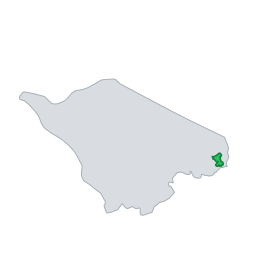 Izra', Dar`a, Syria (highlighted), rotated 239°
{"feature_id": "27442178B99944519185371", "entity_name": "Izra'", "entity_type": "district", "adm_level": 2, "iso_a3": "SYR", "parent_name": "Syria", "parent_adm1": "Dar`a", "projection": "mercator", "projection_center": [36.034, 32.866], "detail": "fine", "context": "in_parent", "style": "filled", "palette": "green", "viewbox_px": 256, "rotation_deg": 239, "n_neighbors": 0, "source": "geoboundaries", "source_scale": "gbopen_adm2", "svg_char_len": 3689}
<svg xmlns="http://www.w3.org/2000/svg" viewBox="0 0 256 256"><g transform="rotate(239 128 128)"><path d="M46.7,94.3L48.6,94.5L52.7,97.0L53.4,96.9L54.6,93.6L55.8,92.5L58.3,91.5L59.1,86.2L60.2,85.2L61.7,84.6L63.9,84.5L65.8,84.2L65.9,83.2L63.2,77.1L63.5,75.5L64.7,69.3L65.6,66.8L66.3,66.0L69.4,66.4L73.6,67.4L74.7,69.2L76.8,70.8L79.9,70.7L83.5,71.0L86.3,71.1L88.5,70.0L93.6,67.9L96.1,67.2L98.4,66.3L105.7,62.9L108.6,63.1L110.6,63.6L112.1,64.1L115.6,66.5L118.4,68.8L120.4,69.5L124.0,69.5L129.2,69.9L135.6,69.9L139.3,69.2L144.0,68.1L152.5,65.3L163.6,59.4L170.2,56.6L173.0,56.2L176.7,56.2L180.4,56.9L184.5,57.5L186.5,57.4L191.0,56.8L196.8,55.6L200.5,54.7L204.9,53.1L207.7,50.4L208.6,50.1L209.8,50.6L210.3,50.8L211.4,52.3L212.6,56.2L212.6,56.6L212.4,57.7L209.5,60.9L205.6,65.3L202.7,68.0L198.0,72.6L194.4,73.6L188.4,75.2L186.8,76.8L185.3,79.4L184.5,83.0L184.2,85.2L184.0,89.3L185.4,93.6L186.8,97.6L187.0,100.3L186.8,103.0L185.5,105.8L184.1,109.7L183.3,114.1L182.9,122.3L182.9,129.2L182.7,130.4L180.3,135.3L177.4,141.0L176.1,142.3L169.8,144.0L162.9,148.2L155.2,152.8L148.2,157.0L140.9,161.4L133.3,166.0L127.9,169.3L120.6,173.6L114.0,177.8L107.3,182.0L102.2,185.2L94.4,190.3L89.9,193.2L83.2,197.6L77.4,201.4L70.4,205.9L61.7,204.5L59.0,203.8L56.7,201.6L55.1,200.5L51.0,199.3L48.3,195.2L46.7,193.8L44.0,193.2L45.1,190.6L45.4,188.9L46.6,186.8L45.8,185.4L45.5,182.5L44.9,181.8L44.7,181.0L45.1,180.0L45.0,179.1L44.5,178.7L44.3,177.2L43.9,176.1L44.1,174.8L44.7,174.0L45.3,172.3L46.1,171.8L47.2,170.8L47.5,169.7L48.6,168.7L50.0,167.8L50.3,167.1L50.1,166.7L48.7,165.9L47.9,164.6L48.6,162.6L49.1,161.9L49.9,161.0L51.8,159.5L53.3,159.3L54.5,159.2L56.7,159.4L58.4,159.6L58.8,159.3L58.7,158.8L56.7,157.6L56.6,156.6L57.1,155.6L58.5,153.9L60.3,152.7L61.2,152.5L63.2,150.1L64.4,147.4L62.4,140.9L61.1,139.8L59.1,138.9L57.9,138.8L57.8,138.3L59.4,136.7L60.5,135.2L59.3,133.8L57.0,133.2L56.2,134.6L53.3,134.8L48.8,134.7L46.8,127.8L46.5,124.8L46.6,121.3L48.0,116.1L47.3,113.7L47.3,112.1L46.9,109.9L43.4,105.2L45.3,96.4L46.7,94.3Z" fill="#d9dde1" stroke="#a8b0b8" stroke-width="1"/><path d="M58.7,194.0L58.6,193.9L58.8,193.7L59.0,193.4L59.1,192.9L59.3,192.8L59.5,192.8L59.4,191.9L59.2,191.6L59.2,191.4L59.1,190.9L59.1,190.4L59.0,189.5L59.0,189.1L59.0,188.6L59.0,188.2L59.2,187.6L59.2,187.4L59.1,186.8L59.3,186.5L59.5,186.2L59.8,186.0L60.1,185.6L59.8,185.5L59.7,185.5L59.4,185.3L59.1,185.5L58.9,185.4L58.3,185.6L58.1,185.5L58.0,185.3L57.7,184.9L57.2,185.3L57.0,185.5L56.9,185.6L56.8,185.8L56.5,186.0L56.2,186.0L56.1,185.9L55.9,185.9L55.4,185.9L54.9,186.0L54.7,186.0L53.9,186.3L53.7,186.4L53.3,186.5L53.1,186.7L53.1,186.8L53.1,187.2L53.2,187.4L53.1,187.8L52.9,187.8L52.6,187.6L52.3,186.9L52.2,186.5L51.9,185.7L51.8,185.4L51.7,184.8L51.5,184.5L51.3,184.2L50.6,184.0L50.4,184.1L50.2,184.1L49.9,184.2L49.8,184.3L49.7,184.3L49.5,184.5L49.5,184.8L49.1,184.9L49.0,185.0L48.9,185.2L48.9,185.3L49.0,185.5L49.0,185.8L49.0,186.0L49.3,186.3L49.4,187.0L49.1,187.2L48.9,187.2L48.8,187.3L48.8,187.2L48.7,187.0L48.7,186.9L48.4,186.8L48.2,187.1L48.0,187.3L47.9,187.2L47.8,187.4L47.9,187.5L48.0,187.5L48.0,187.8L48.0,188.0L47.9,188.1L47.7,188.2L47.2,188.6L47.3,188.8L47.5,189.2L47.6,189.6L48.0,189.7L47.9,190.0L47.6,190.3L47.5,190.5L47.7,190.8L47.8,190.8L48.0,190.9L48.3,191.0L48.6,191.4L49.0,191.4L49.5,191.4L49.5,191.5L50.0,191.6L50.2,191.3L50.5,191.1L51.0,190.7L51.4,190.6L51.6,190.4L52.1,190.6L52.4,191.0L52.9,191.0L53.5,191.0L53.8,191.0L54.2,191.3L54.4,191.6L54.8,191.9L55.1,191.8L55.3,191.8L55.5,191.7L55.9,191.9L55.8,192.2L55.8,192.5L55.9,192.8L55.9,193.0L55.9,193.3L56.0,193.5L56.1,193.8L56.5,194.0L56.9,194.2L57.1,194.3L57.3,194.1L57.8,194.1L58.5,194.1L58.7,194.0Z" fill="#22c55e" stroke="#15803d" stroke-width="1.5"/></g></svg>